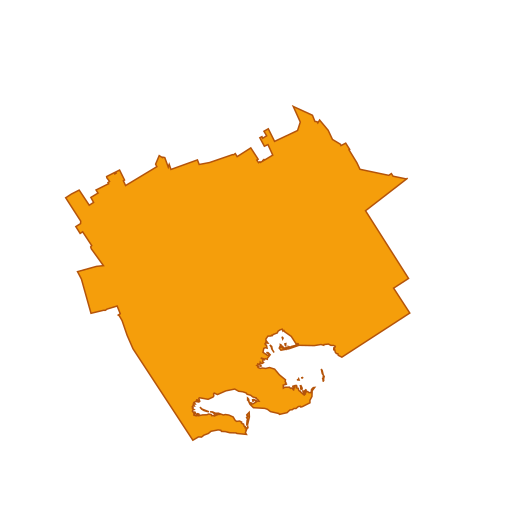 Felipe Carrillo Puerto, Quintana Roo, Mexico (orthographic projection), rotated 57°
{"feature_id": "50627088B38743512142751", "entity_name": "Felipe Carrillo Puerto", "entity_type": "district", "adm_level": 2, "iso_a3": "MEX", "parent_name": "Mexico", "parent_adm1": "Quintana Roo", "projection": "orthographic", "projection_center": [-87.619, 19.738], "detail": "fine", "context": "isolated", "style": "filled", "palette": "amber", "viewbox_px": 512, "rotation_deg": 57, "n_neighbors": 0, "source": "geoboundaries", "source_scale": "gbopen_adm2", "svg_char_len": 6173}
<svg xmlns="http://www.w3.org/2000/svg" viewBox="0 0 512 512"><g transform="rotate(57 256 256)"><path d="M273.3,86.4L273.3,87.9L263.7,97.6L260.6,97.6L260.7,100.7L239.9,121.6L232.8,120.6L217.6,120.2L217.6,119.4L210.2,119.3L209.7,124.6L208.3,124.3L199.9,128.4L189.9,127.0L176.6,128.6L178.1,131.7L176.6,131.7L175.2,133.3L168.7,132.0L150.9,143.3L167.8,145.9L173.4,152.8L170.0,178.0L156.0,176.4L155.7,181.4L161.0,181.6L160.9,186.3L159.1,186.0L158.9,188.4L168.5,189.2L169.1,185.3L180.5,187.0L180.2,196.7L179.4,196.8L179.6,198.3L180.1,198.3L179.9,201.4L179.1,201.4L179.1,203.0L176.0,203.1L176.0,201.5L162.5,201.5L162.4,217.7L158.8,217.6L158.9,219.6L158.2,220.5L152.3,244.1L148.3,253.8L143.5,252.8L137.1,280.2L131.9,278.9L133.7,281.2L123.8,278.9L122.3,280.4L122.5,280.9L119.1,282.5L124.3,290.2L127.1,290.5L125.9,327.0L120.7,326.3L120.7,324.9L109.6,323.6L109.1,328.2L110.3,328.1L110.3,329.7L108.9,329.7L108.0,338.0L109.2,338.5L113.7,338.2L113.8,340.2L115.1,340.3L113.5,354.2L117.2,354.2L116.9,362.6L122.6,363.0L122.6,368.2L104.4,368.4L103.5,376.9L103.5,383.9L131.3,384.0L133.3,385.5L133.2,391.1L141.3,391.2L141.3,388.2L157.8,388.1L158.3,389.7L160.3,390.2L181.0,389.2L177.8,395.5L171.9,414.2L180.3,415.0L214.2,425.6L218.5,413.4L219.5,411.9L219.4,409.8L222.3,399.7L230.5,401.3L230.5,403.7L231.7,403.2L237.2,403.5L252.4,407.3L266.9,409.7L376.1,409.3L376.4,402.7L378.2,400.3L377.9,397.1L378.9,392.6L378.5,389.2L381.2,382.5L383.0,380.4L384.3,380.5L386.6,377.3L389.9,374.3L393.5,369.1L394.4,368.7L400.4,361.2L398.4,361.1L396.2,358.1L394.6,358.1L394.1,358.7L393.2,358.0L392.4,358.6L390.1,358.0L389.4,358.7L388.1,359.1L387.5,358.5L385.5,359.6L384.1,362.4L382.3,363.0L378.6,362.8L374.6,365.4L372.2,368.1L371.6,369.9L367.3,373.2L365.8,375.6L363.2,377.3L361.6,379.3L363.2,377.7L365.8,376.7L366.3,375.6L366.8,375.7L366.8,374.5L367.6,373.4L369.5,371.9L368.3,374.0L367.5,378.0L366.9,377.6L365.9,380.1L364.6,379.9L362.7,381.8L362.4,383.7L360.2,387.3L358.7,391.2L357.9,392.1L357.7,391.7L356.5,392.2L357.4,393.3L355.6,394.8L354.9,394.3L355.4,393.7L355.2,393.5L351.5,393.9L350.6,392.6L351.0,391.6L349.2,392.2L348.9,391.4L347.8,391.7L347.1,390.1L347.6,390.3L348.2,389.4L346.4,389.5L346.0,389.2L347.0,387.6L345.0,387.8L345.2,385.8L346.4,384.5L345.6,384.7L344.9,384.0L344.8,384.7L344.3,384.1L344.9,383.4L347.1,383.4L347.2,382.3L344.2,381.5L344.1,380.6L350.1,374.2L350.9,368.9L350.4,367.6L348.4,366.6L348.2,365.7L351.2,363.8L352.7,354.7L356.0,346.3L360.0,344.2L362.7,341.0L365.4,338.9L367.0,338.8L369.9,336.3L372.4,335.5L375.1,333.1L375.6,333.5L377.3,332.7L379.4,332.6L377.9,334.8L377.5,334.6L376.5,335.2L378.5,335.2L378.4,339.0L377.7,340.3L376.9,339.8L375.2,341.5L372.6,340.4L372.6,341.2L377.1,341.8L381.8,340.8L388.6,331.6L390.8,329.9L394.4,328.6L400.5,322.7L401.6,322.6L404.3,315.3L403.6,311.3L404.7,309.2L404.5,307.3L405.7,305.5L405.3,302.5L406.3,300.6L407.1,300.7L407.6,299.1L408.5,290.7L406.4,289.4L404.3,285.6L399.6,282.3L398.2,278.4L397.6,279.6L397.9,281.3L398.2,281.9L398.5,281.0L400.4,284.6L399.2,286.2L397.9,286.4L396.4,288.5L397.4,288.2L397.6,290.1L398.6,289.7L398.9,291.3L394.5,292.7L393.6,292.3L393.2,293.0L391.9,293.3L389.9,292.7L388.7,293.8L387.4,292.6L386.5,292.7L386.0,293.6L387.2,295.1L385.6,294.8L385.3,296.1L389.4,297.5L387.1,297.6L386.1,298.1L385.8,299.2L384.2,299.4L381.7,303.5L381.7,305.0L379.1,303.5L380.3,299.7L379.4,300.8L378.8,300.7L378.3,299.8L377.1,299.9L375.9,298.7L368.4,301.1L361.0,302.0L356.9,305.4L355.6,309.1L353.3,311.8L352.6,313.7L350.6,315.0L349.6,314.8L349.8,314.0L348.2,314.8L348.3,313.6L347.6,313.2L349.6,311.8L348.3,311.9L348.3,311.0L347.4,310.3L349.4,309.8L349.5,307.7L348.0,307.9L346.6,306.4L344.0,307.5L346.3,305.6L348.2,305.7L347.2,305.1L347.1,304.2L348.7,302.8L348.1,302.5L346.5,297.9L343.6,298.5L342.6,299.8L345.2,298.5L346.6,299.2L345.3,300.6L340.6,302.6L337.7,299.8L338.0,298.1L339.3,296.9L336.4,295.8L335.5,296.5L334.4,296.1L334.0,294.9L332.9,294.2L334.7,294.6L335.6,293.4L332.0,293.6L330.9,292.7L329.7,289.6L331.2,287.1L331.0,286.1L331.6,285.9L331.2,284.2L332.1,280.0L331.1,278.6L331.0,276.3L331.6,273.9L333.7,274.3L333.6,273.2L335.2,273.2L342.6,270.2L351.2,270.2L352.5,268.4L352.9,268.5L352.1,270.5L352.5,271.6L351.2,275.4L351.3,276.4L350.3,277.6L351.1,278.7L349.6,278.6L350.7,280.0L350.0,280.2L350.7,280.4L350.5,281.1L348.7,280.8L350.2,281.8L349.1,282.2L349.6,282.4L348.6,283.2L346.2,282.9L345.8,283.2L348.3,283.5L347.5,283.9L345.3,284.1L344.0,283.4L343.5,283.8L346.6,285.0L344.8,285.0L345.9,286.7L348.6,286.4L351.9,278.3L354.3,268.6L362.9,255.9L365.6,249.7L367.8,247.8L367.3,247.2L369.3,243.2L371.7,241.9L373.2,239.7L374.9,238.7L375.6,239.6L375.4,240.8L377.0,241.9L377.6,241.5L377.3,241.0L379.9,241.9L381.6,241.7L382.6,240.6L384.1,241.1L387.6,239.1L387.6,158.1L357.9,158.1L357.9,140.3L277.7,139.5L273.3,86.4ZM388.9,351.9L388.9,352.9L392.5,355.7L392.7,354.8L387.4,349.2L383.4,346.9L384.2,350.3L385.6,350.6L385.4,350.0L386.2,350.0L386.4,351.9L388.9,351.9ZM386.3,262.8L390.8,264.5L392.3,264.4L388.2,262.9L386.3,262.8ZM352.2,385.3L354.8,385.0L357.1,383.9L359.8,381.7L361.0,380.3L355.0,384.6L352.2,385.3ZM338.1,292.8L341.2,292.8L342.3,293.4L346.8,293.4L343.3,293.3L340.4,292.1L338.1,292.8ZM389.2,288.9L389.0,289.5L391.1,290.1L391.4,289.6L391.2,290.6L392.0,290.9L392.6,290.3L392.7,289.7L391.6,289.2L389.2,288.9ZM345.4,279.6L346.7,280.1L347.3,279.9L345.7,278.7L345.4,279.6ZM339.6,278.0L337.9,278.2L340.1,278.8L339.6,278.0ZM372.4,340.4L371.1,340.2L370.5,340.4L372.1,341.4L372.4,340.4ZM392.7,264.4L394.3,265.7L395.1,265.5L394.3,264.5L392.7,264.4ZM375.3,336.3L374.7,337.1L376.1,337.7L376.2,336.7L375.3,336.3ZM383.5,287.4L382.2,287.1L382.6,287.8L382.2,289.1L383.5,287.4ZM357.6,390.0L356.7,390.5L356.4,390.9L357.7,391.4L357.6,390.0ZM396.0,267.0L397.4,267.8L397.6,267.6L397.0,266.7L396.0,267.0ZM355.1,392.4L353.7,392.2L353.4,392.6L355.0,393.0L355.1,392.4ZM395.8,289.4L395.4,290.1L394.0,290.1L396.3,290.6L395.8,289.4ZM394.5,355.8L395.7,357.9L395.7,356.3L394.5,355.8ZM395.1,265.8L395.0,266.8L396.0,267.1L395.7,266.0L395.1,265.8ZM351.2,311.1L350.0,312.7L350.9,312.2L351.2,311.1ZM384.1,283.1L383.2,283.2L382.8,284.5L383.6,283.4L384.1,283.1ZM395.8,287.0L395.3,287.1L395.5,288.6L396.1,289.0L395.8,287.0Z" fill="#f59e0b" stroke="#b45309" stroke-width="1.5"/></g></svg>